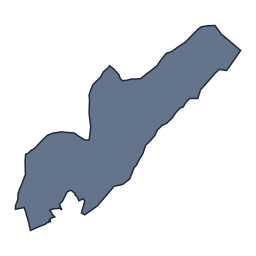 Okehi, Kogi, Nigeria (Equal Earth projection)
{"feature_id": "59680162B48603200461333", "entity_name": "Okehi", "entity_type": "district", "adm_level": 2, "iso_a3": "NGA", "parent_name": "Nigeria", "parent_adm1": "Kogi", "projection": "equal_earth", "projection_center": [6.277, 7.727], "detail": "fine", "context": "isolated", "style": "filled", "palette": "slate", "viewbox_px": 256, "rotation_deg": 0, "n_neighbors": 0, "source": "geoboundaries", "source_scale": "gbopen_adm2", "svg_char_len": 1897}
<svg xmlns="http://www.w3.org/2000/svg" viewBox="0 0 256 256"><path d="M25.6,154.2L25.1,161.4L25.4,174.8L24.5,176.7L22.6,181.9L19.4,189.6L18.0,193.8L18.0,199.1L15.5,205.8L15.4,209.3L24.1,207.5L25.8,212.3L26.3,214.7L27.1,216.8L28.4,221.5L28.9,223.2L29.2,225.3L29.9,228.0L30.5,230.5L37.5,227.3L45.6,224.1L46.2,223.5L46.9,222.6L47.9,222.7L48.1,222.5L48.1,222.4L48.4,222.0L48.7,221.7L49.0,221.3L48.8,221.0L49.2,220.5L49.4,220.3L49.6,220.6L50.0,221.5L50.1,221.9L50.3,221.8L50.5,221.5L50.6,221.3L50.4,221.0L50.3,220.7L50.2,218.8L50.8,218.3L52.0,217.9L54.8,216.9L54.4,216.4L53.8,215.9L53.4,215.6L52.5,214.9L51.9,213.5L51.0,211.9L50.7,211.6L49.6,210.2L54.2,208.6L56.1,208.7L58.3,208.4L59.7,208.2L60.6,209.2L61.4,209.4L61.6,208.8L61.0,208.3L60.0,205.7L59.9,205.2L59.4,204.5L60.5,203.0L62.3,201.5L65.1,196.0L66.9,192.1L70.5,190.2L72.5,191.3L75.3,194.1L75.2,195.0L76.1,195.6L77.0,196.7L77.8,198.1L78.3,199.5L78.9,200.8L83.3,198.6L84.0,200.0L84.8,201.1L81.4,213.0L84.8,214.8L97.2,206.0L114.1,186.3L122.6,184.4L129.7,179.0L133.9,168.0L136.7,164.8L138.7,160.5L142.7,154.0L145.9,144.9L149.5,141.6L154.7,135.7L157.5,129.8L159.9,127.6L161.9,125.5L166.7,123.3L169.9,120.1L172.3,117.9L175.9,112.5L179.9,108.2L183.1,107.1L185.9,102.3L189.5,98.5L197.8,98.5L200.5,89.9L203.3,86.7L209.2,80.0L215.1,73.2L219.3,69.4L222.9,69.9L226.6,70.6L240.6,50.5L221.2,34.0L215.0,25.5L207.8,25.7L201.3,26.8L197.9,29.3L185.3,42.2L179.0,46.3L171.5,51.7L166.3,53.3L161.1,59.7L157.1,65.7L150.3,71.1L146.7,73.7L140.7,78.6L135.1,79.1L131.1,79.1L127.1,80.2L122.3,80.7L120.3,78.6L118.7,74.3L113.5,68.9L109.6,65.7L108.7,67.3L103.1,72.1L102.6,73.3L100.7,77.0L93.1,84.5L90.7,89.9L89.1,95.3L89.5,99.6L89.1,112.5L89.5,117.4L90.7,126.5L90.2,131.8L89.9,134.1L89.1,140.0L85.1,140.0L78.7,136.2L74.3,133.0L61.1,131.9L53.5,133.0L47.5,135.2L41.9,140.6L34.6,148.4L30.8,150.5L27.9,153.5L25.6,154.2Z" fill="#64748b" stroke="#1e293b" stroke-width="1.5"/></svg>